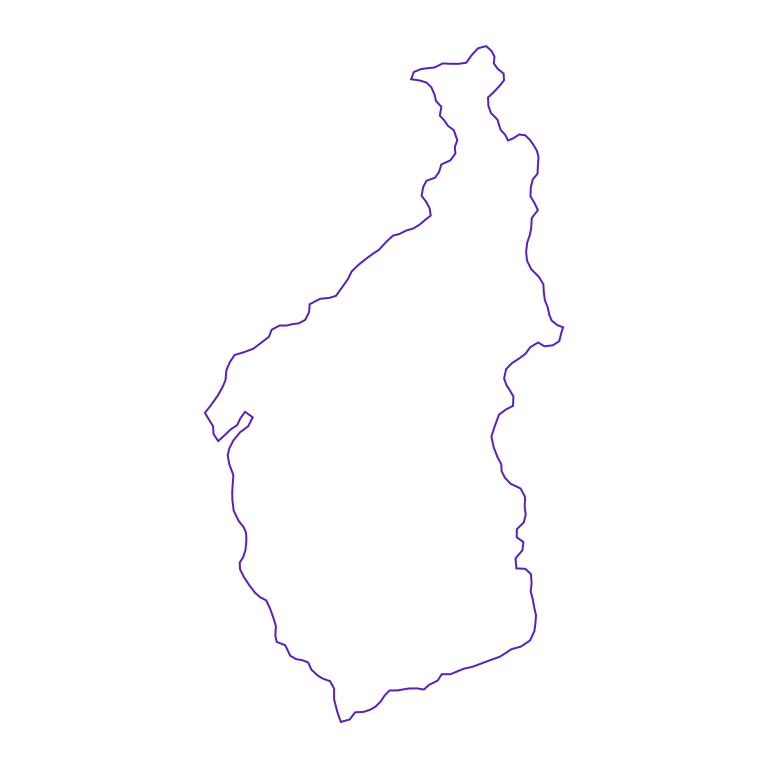 the district of Campanha, Minas Gerais, Brazil
{"feature_id": "56859067B70432735249209", "entity_name": "Campanha", "entity_type": "district", "adm_level": 2, "iso_a3": "BRA", "parent_name": "Brazil", "parent_adm1": "Minas Gerais", "projection": "orthographic", "projection_center": [-45.402, -21.822], "detail": "fine", "context": "isolated", "style": "outline", "palette": "violet", "viewbox_px": 768, "rotation_deg": 0, "n_neighbors": 0, "source": "geoboundaries", "source_scale": "gbopen_adm2", "svg_char_len": 2994}
<svg xmlns="http://www.w3.org/2000/svg" viewBox="0 0 768 768"><path d="M563.1,327.3L557.3,325.1L551.7,320.6L549.2,314.6L547.8,307.7L544.8,299.9L543.8,292.0L543.4,284.5L539.0,277.0L531.2,269.2L527.0,260.6L526.1,251.7L527.2,242.6L529.5,236.1L531.1,228.9L531.8,218.0L537.9,210.1L534.3,202.7L530.5,196.4L530.8,187.3L532.8,179.4L537.5,173.7L537.9,165.7L538.5,157.2L536.9,150.7L533.7,145.3L529.9,139.8L525.1,135.2L519.1,134.5L513.5,138.2L508.0,140.5L505.2,134.8L500.5,129.7L497.5,119.7L490.9,112.9L488.4,106.0L488.0,97.5L494.1,91.7L500.1,85.3L504.0,80.2L503.6,73.6L497.7,68.8L493.8,63.4L494.5,56.7L491.6,51.1L486.2,46.1L478.0,48.3L471.6,55.2L466.3,62.7L458.9,63.8L450.6,63.8L442.8,63.4L434.5,67.5L426.6,68.3L420.6,69.2L413.9,72.0L411.1,79.2L419.8,80.5L426.6,82.6L431.3,87.3L434.5,94.5L436.1,101.2L441.4,106.8L439.8,115.6L444.0,120.1L447.9,125.8L453.8,130.2L457.3,140.2L454.8,147.1L455.4,153.5L450.3,160.4L441.4,164.4L439.0,172.0L435.1,177.7L426.5,180.7L423.2,187.0L421.6,195.8L426.5,202.3L429.7,208.5L430.7,215.6L425.4,219.7L419.3,224.9L412.9,228.6L406.0,230.6L399.3,234.0L393.0,235.6L386.6,241.5L378.7,250.0L373.3,253.5L367.0,258.0L358.5,264.8L351.6,271.5L348.0,279.0L342.6,286.6L335.9,295.9L329.3,297.9L320.1,298.8L309.7,304.2L309.1,312.1L305.2,319.9L298.6,323.4L292.6,324.1L286.9,325.5L279.6,325.5L271.7,329.7L268.9,336.8L261.8,342.3L253.3,348.7L243.1,352.5L234.7,354.9L229.9,362.0L226.4,370.2L225.5,380.1L222.6,387.0L217.6,395.8L210.9,405.3L204.9,412.8L209.6,420.7L213.1,426.2L213.5,434.0L218.2,441.1L225.2,434.7L230.5,429.5L237.2,425.1L240.4,418.3L245.1,411.8L252.7,417.3L248.2,426.2L240.0,432.3L233.4,440.4L229.3,448.4L227.7,455.4L229.3,464.3L233.4,475.2L232.6,485.5L232.2,492.3L232.4,500.2L233.7,510.7L238.7,521.0L243.6,527.1L246.0,532.7L246.4,540.4L245.5,549.9L243.2,557.1L239.7,562.6L240.1,569.4L244.0,577.2L249.4,585.4L254.9,592.6L260.0,597.1L266.2,600.4L270.2,608.9L273.4,617.9L275.9,626.0L275.3,635.7L276.8,642.0L285.2,645.2L290.2,655.7L296.2,659.2L302.2,660.1L308.2,662.5L311.4,669.7L317.7,675.5L322.8,678.6L330.1,681.2L334.1,688.6L334.1,699.3L337.3,712.0L340.8,721.9L349.7,719.5L355.1,712.3L363.6,711.9L370.3,709.7L375.7,706.5L380.7,701.4L384.8,695.3L389.5,690.5L397.5,690.4L408.8,688.5L417.0,688.4L424.0,689.5L428.8,685.0L437.6,680.6L441.8,674.2L450.5,674.2L457.9,671.1L464.2,668.6L472.1,666.9L481.0,663.6L491.1,659.8L499.7,656.8L505.6,653.1L511.4,649.2L520.9,646.6L530.1,640.4L534.4,631.1L535.5,622.6L536.0,615.2L534.4,608.3L532.7,598.8L530.7,591.7L531.6,583.0L530.9,574.1L525.3,568.8L516.4,568.4L515.5,558.4L522.4,550.3L523.4,542.1L516.8,537.3L516.8,529.2L523.8,522.4L525.7,514.6L524.7,506.6L525.1,497.0L520.6,488.5L510.5,483.7L504.8,477.6L501.6,471.1L501.3,464.3L497.4,456.9L493.7,447.3L491.4,436.6L494.7,426.4L499.0,414.6L506.1,409.4L513.0,405.9L513.4,396.5L509.8,390.3L506.3,384.8L504.1,378.4L506.1,369.1L511.8,363.3L519.1,358.5L525.4,353.8L530.4,347.1L538.1,342.5L544.4,346.3L552.9,345.3L559.3,341.1L561.2,333.2L563.1,327.3Z" fill="none" stroke="#5b21b6" stroke-width="2"/></svg>